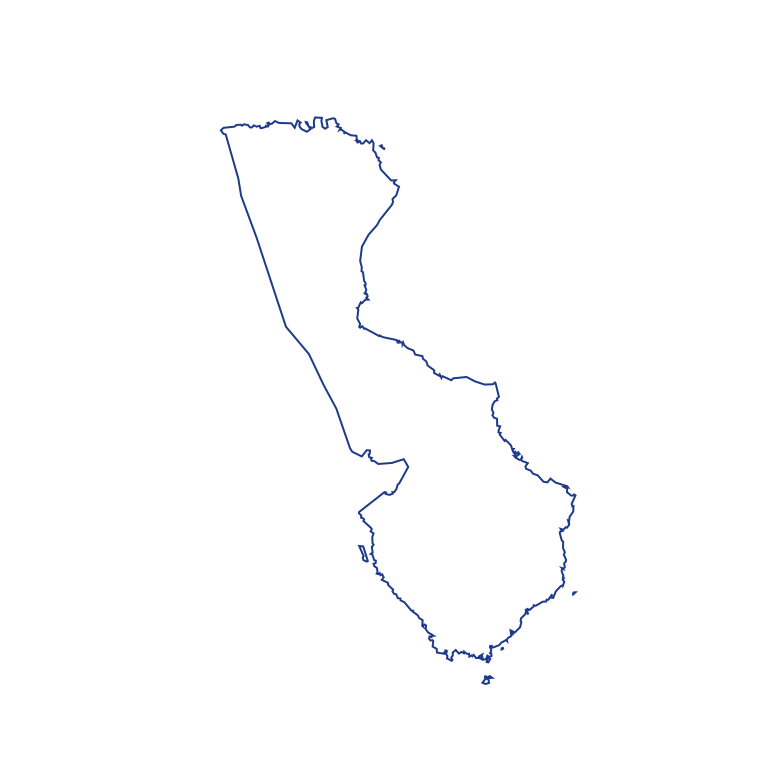 Negros Occidental, Negros Occidental, Philippines, rotated 122°
{"feature_id": "2640588B49335496833592", "entity_name": "Negros Occidental", "entity_type": "district", "adm_level": 2, "iso_a3": "PHL", "parent_name": "Philippines", "parent_adm1": "Negros Occidental", "projection": "mercator", "projection_center": [123.007, 10.244], "detail": "fine", "context": "isolated", "style": "outline", "palette": "blue", "viewbox_px": 768, "rotation_deg": 122, "n_neighbors": 0, "source": "geoboundaries", "source_scale": "gbopen_adm2", "svg_char_len": 6175}
<svg xmlns="http://www.w3.org/2000/svg" viewBox="0 0 768 768"><g transform="rotate(122 384 384)"><path d="M505.8,337.3L506.9,336.7L507.6,333.5L509.5,332.6L509.0,330.2L509.5,329.0L511.1,328.9L512.9,318.9L513.5,317.5L516.1,317.2L516.2,313.7L519.9,312.9L525.1,309.4L525.8,307.6L528.6,308.0L532.9,304.3L535.2,305.2L534.9,303.3L538.5,299.0L538.1,297.3L540.3,296.2L542.0,297.6L543.6,295.7L543.8,292.5L546.9,289.8L548.7,289.7L548.3,288.0L546.7,287.4L548.0,285.7L546.4,284.8L548.1,281.8L551.3,282.1L550.5,275.3L552.2,274.1L553.6,267.2L555.4,266.9L556.6,264.3L555.9,262.2L558.3,258.8L557.2,256.5L558.7,255.3L558.3,250.9L561.6,241.1L560.9,239.2L561.8,239.0L562.2,233.0L563.9,229.9L563.8,226.1L568.9,223.4L569.1,222.0L568.1,223.0L566.6,222.4L566.5,220.4L569.7,218.8L571.3,215.2L571.2,208.5L572.5,210.2L573.5,209.6L574.1,211.6L576.1,210.8L576.9,208.7L575.5,207.0L575.9,206.0L580.9,203.6L580.7,198.9L583.7,196.8L580.9,190.1L579.8,190.7L578.6,189.9L577.5,190.8L577.2,190.4L578.0,190.0L577.4,189.0L579.9,188.5L581.2,186.0L583.3,185.2L582.9,179.9L581.7,179.8L580.4,182.0L577.8,181.8L575.4,183.4L571.6,182.2L572.9,177.6L570.2,176.4L570.0,173.6L568.5,174.3L568.9,170.7L567.7,168.9L570.0,167.2L567.8,165.9L568.1,164.8L566.2,164.5L567.6,160.7L565.9,158.0L564.9,159.2L561.4,157.3L564.5,156.6L563.5,155.9L564.2,155.1L565.7,156.3L565.5,154.0L563.3,151.7L559.6,152.4L559.4,149.7L557.6,148.7L555.6,150.3L556.0,151.4L553.4,151.7L551.7,153.2L552.1,154.1L551.5,153.6L551.0,154.8L549.0,155.3L550.5,154.3L549.2,153.6L550.3,152.7L549.2,151.5L544.2,147.8L541.5,147.6L536.6,144.9L536.9,143.4L535.9,144.4L533.5,144.2L530.2,142.5L525.8,146.2L525.3,141.4L518.3,139.7L513.1,141.3L512.8,142.5L510.0,143.6L504.3,142.2L501.6,143.2L502.6,140.3L502.3,140.2L500.3,144.1L497.8,142.5L500.1,143.5L500.8,142.5L497.6,140.7L497.9,139.6L497.3,140.6L493.7,139.2L492.3,139.8L491.8,137.9L484.5,134.0L482.5,131.2L480.8,131.8L479.9,130.3L473.2,130.0L476.6,129.1L475.8,127.2L468.8,128.4L461.8,127.0L460.2,126.0L460.6,125.3L456.2,126.3L455.2,128.8L453.4,128.5L453.3,129.8L451.8,130.0L448.6,134.2L446.4,135.1L446.2,134.3L445.8,135.6L445.3,133.8L443.5,133.6L440.7,136.2L438.0,135.7L436.4,136.7L433.5,141.0L430.9,141.4L428.3,145.2L422.8,148.5L422.5,150.3L417.1,156.1L415.3,156.3L414.3,154.9L413.2,157.3L412.4,154.5L409.2,154.0L408.9,152.7L405.6,152.4L403.5,153.3L404.6,153.1L402.2,155.5L402.2,154.4L398.2,156.2L391.9,155.9L387.2,158.6L388.0,159.3L386.3,161.3L377.0,162.6L377.0,164.2L377.9,164.0L379.4,166.0L378.8,171.4L375.7,173.2L376.0,177.1L374.2,175.4L374.0,173.5L373.6,174.4L376.7,186.3L376.0,192.7L380.8,193.3L382.4,197.0L380.0,205.2L381.1,210.1L379.7,213.6L380.6,218.5L379.0,220.4L374.9,220.1L376.1,226.2L375.6,227.8L373.2,227.7L372.7,228.4L375.9,227.8L376.6,229.0L376.7,233.2L375.0,233.2L376.6,233.6L376.1,235.5L375.2,233.5L371.5,231.9L370.7,234.0L374.1,235.4L373.4,237.1L371.0,236.5L373.5,237.5L372.5,239.6L370.4,239.6L371.2,240.9L368.7,243.9L367.0,251.3L368.4,251.5L365.7,258.9L363.7,259.2L364.4,261.3L363.1,262.0L358.4,263.1L359.4,265.9L353.6,269.7L354.3,272.8L353.0,275.5L350.4,275.9L348.5,279.0L344.3,280.8L340.1,281.0L337.6,279.3L336.6,280.5L334.0,279.7L324.4,289.6L323.6,291.4L324.6,290.6L326.6,291.6L331.2,298.5L333.6,308.4L334.3,317.7L342.5,328.3L345.1,328.9L346.4,338.6L347.3,339.3L347.9,338.6L348.4,338.5L346.4,341.8L347.8,341.7L348.1,347.4L345.8,348.6L345.2,356.8L342.5,360.0L341.9,364.5L340.0,366.1L342.5,373.2L340.0,376.7L341.1,383.2L340.3,387.6L338.7,389.7L340.5,389.4L339.0,390.6L340.1,392.4L339.2,393.9L340.6,395.2L341.2,393.6L341.7,394.4L340.0,396.5L345.0,410.2L345.1,413.4L345.9,413.4L346.9,429.6L347.7,430.1L346.5,433.0L348.9,434.1L348.7,435.3L345.9,435.9L342.5,441.5L334.8,445.0L333.8,447.1L333.2,446.2L327.1,447.0L327.3,445.6L322.4,444.5L320.7,442.0L320.0,444.8L318.3,444.4L317.3,445.4L317.4,447.9L316.5,447.2L316.1,448.5L313.6,448.8L310.6,452.8L309.8,452.1L308.3,453.0L307.0,455.6L300.3,461.1L300.3,462.8L296.9,464.6L292.3,469.4L279.2,475.5L265.4,476.2L252.8,474.1L247.3,474.5L228.0,472.3L225.1,472.7L222.5,474.8L217.5,473.6L208.8,475.8L208.7,481.6L207.9,482.5L205.0,482.0L207.6,485.9L203.7,500.4L200.5,503.9L197.7,504.1L197.1,507.3L194.9,508.3L195.5,510.0L192.4,513.8L191.6,517.0L185.5,520.3L183.7,523.4L187.4,523.9L186.8,528.4L191.1,529.2L192.2,531.0L190.9,532.9L193.2,534.4L192.8,535.3L190.9,533.7L192.1,536.8L191.0,536.6L188.1,539.0L190.7,544.0L191.1,550.2L193.0,550.4L191.1,551.2L190.8,555.5L192.0,556.2L189.8,556.3L190.6,560.5L187.9,560.1L188.0,562.6L185.1,566.0L185.5,567.9L190.8,572.7L195.9,567.9L198.6,569.1L198.5,572.4L194.1,576.5L191.2,577.7L194.5,583.7L198.4,582.7L203.2,579.4L204.8,580.5L205.6,584.1L206.8,581.4L210.9,583.0L211.5,588.8L210.6,591.8L208.8,593.5L206.5,593.2L206.3,597.0L214.0,595.5L212.0,600.7L218.2,611.2L218.8,615.8L222.4,616.9L224.7,619.0L227.1,618.8L227.6,620.9L228.4,620.4L231.5,623.0L232.4,624.3L230.9,626.3L233.2,628.3L233.7,631.5L236.3,631.9L237.4,633.6L236.5,636.7L238.0,640.4L240.2,641.4L240.0,642.9L242.7,646.5L245.0,647.2L251.8,655.8L255.3,656.8L256.9,652.8L256.3,650.4L286.9,616.5L300.2,604.8L327.4,569.6L387.4,497.5L398.4,463.5L417.0,434.4L430.2,411.3L456.4,378.9L458.3,375.1L457.2,364.4L449.3,363.6L447.8,360.6L450.9,359.1L451.8,359.7L453.9,357.7L453.1,355.2L454.4,355.3L455.7,353.8L454.6,351.8L454.8,346.4L446.8,335.5L437.3,327.4L441.5,319.5L460.3,318.4L462.0,319.1L466.4,317.8L470.3,318.0L471.2,319.6L472.4,318.5L475.1,320.5L476.4,324.4L475.5,325.6L475.1,324.9L474.9,324.9L475.4,326.3L505.8,337.3ZM542.7,303.9L532.8,315.5L534.5,319.2L540.9,309.9L542.5,310.1L544.2,308.2L543.8,304.5L542.7,303.9ZM575.8,136.5L575.7,139.4L576.9,139.2L577.0,140.5L579.8,141.4L578.0,142.6L578.6,143.4L580.6,141.8L585.2,142.2L584.5,138.8L581.8,136.5L579.2,138.9L579.7,141.4L575.8,136.5ZM564.8,148.0L561.0,148.2L561.6,151.0L565.4,149.6L564.8,148.0ZM184.7,508.5L183.3,508.4L184.4,508.8L184.3,510.5L182.8,512.5L184.2,513.4L184.7,508.5ZM223.4,620.3L224.6,621.2L225.2,619.7L224.1,618.8L223.4,620.3ZM204.5,585.7L202.8,587.7L203.3,589.1L204.3,587.8L204.5,585.7ZM527.5,142.1L525.6,142.1L526.4,143.7L527.5,142.1ZM545.4,142.7L544.8,143.4L545.8,144.2L546.8,143.6L545.4,142.7ZM459.2,111.2L460.1,112.6L461.4,112.7L462.2,112.0L459.2,111.2Z" fill="none" stroke="#1e3a8a" stroke-width="2"/></g></svg>